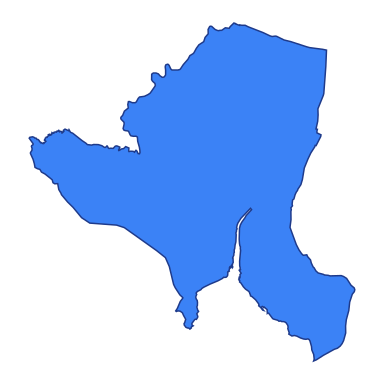 Kota Gorontalo, Gorontalo, Indonesia
{"feature_id": "22746128B66202348563483", "entity_name": "Kota Gorontalo", "entity_type": "district", "adm_level": 2, "iso_a3": "IDN", "parent_name": "Indonesia", "parent_adm1": "Gorontalo", "projection": "albers", "projection_center": [123.046, 0.534], "detail": "fine", "context": "isolated", "style": "filled", "palette": "blue", "viewbox_px": 384, "rotation_deg": 0, "n_neighbors": 0, "source": "geoboundaries", "source_scale": "gbopen_adm2", "svg_char_len": 5944}
<svg xmlns="http://www.w3.org/2000/svg" viewBox="0 0 384 384"><path d="M233.9,23.0L230.1,26.7L229.2,28.3L225.3,27.8L222.2,30.0L221.2,30.4L220.0,30.3L218.7,30.7L217.2,30.4L215.0,29.4L211.7,26.4L210.5,26.2L209.7,26.5L208.1,29.4L208.2,33.8L205.1,37.4L203.7,41.7L198.9,44.8L196.3,48.4L193.9,52.8L193.0,53.7L189.9,55.6L188.0,59.2L183.3,64.6L180.4,69.0L179.8,69.5L178.0,70.0L172.0,70.0L170.8,69.0L169.2,65.5L168.4,64.5L167.7,64.2L166.0,64.7L165.5,65.5L165.2,66.9L165.6,70.0L165.6,74.3L165.5,75.1L164.3,76.8L163.4,77.2L162.2,77.3L159.9,75.7L158.4,73.9L156.0,73.0L153.4,73.0L152.3,73.6L151.7,74.3L151.6,79.7L152.6,81.3L154.9,83.4L155.3,85.2L155.0,86.2L150.2,93.1L148.0,94.6L144.4,96.3L139.5,97.0L138.2,98.4L136.3,101.9L135.2,102.7L132.3,102.7L129.4,101.5L128.4,101.6L127.8,104.5L128.3,108.0L124.4,111.1L122.7,115.3L120.9,117.3L120.8,118.4L121.2,119.4L123.7,121.9L124.1,122.7L124.1,124.2L123.1,128.6L123.9,130.1L125.1,130.6L127.6,130.9L128.6,131.4L130.1,134.8L130.9,135.8L133.5,136.3L136.1,136.2L137.4,137.1L137.7,141.3L139.4,147.3L139.9,150.6L140.0,152.5L139.5,153.8L138.1,153.6L137.0,151.2L136.0,150.3L134.4,152.2L133.7,151.5L132.7,151.3L130.6,151.2L129.0,151.6L128.7,151.2L128.9,148.0L125.7,146.6L123.6,148.6L121.3,149.0L119.4,150.4L118.7,150.5L118.6,149.9L119.8,147.6L119.8,147.1L117.2,146.0L116.1,145.9L115.1,146.3L113.2,148.4L110.6,148.2L109.0,148.5L108.3,148.0L107.4,146.2L107.0,145.9L105.8,147.1L105.0,147.5L104.0,147.1L101.9,145.7L98.3,144.6L93.7,144.5L91.6,145.1L87.4,144.6L85.8,143.1L82.2,140.7L72.7,133.2L70.5,132.3L69.0,129.7L68.6,130.7L65.0,129.1L63.5,130.2L63.9,131.3L62.2,133.0L61.9,133.0L61.9,131.5L60.8,131.6L60.1,131.2L59.5,131.8L59.0,131.3L58.9,130.4L58.6,130.3L57.8,131.2L57.0,131.1L56.5,132.1L55.8,131.9L54.2,132.2L53.8,133.2L53.2,133.2L52.9,132.8L52.2,133.4L51.9,133.0L51.6,134.6L50.8,135.0L50.4,134.6L50.2,135.2L49.8,135.3L49.4,134.3L48.3,134.7L48.6,135.8L47.4,136.5L47.2,137.3L46.2,137.2L46.0,137.7L45.3,138.1L45.2,139.0L44.6,139.5L44.5,140.3L45.2,140.5L45.9,141.3L45.0,142.2L44.0,142.6L44.0,143.0L43.6,142.8L43.3,143.0L43.0,143.6L41.6,142.8L41.0,143.0L40.6,142.1L39.6,141.7L39.3,140.8L38.5,139.8L37.8,139.4L37.1,139.5L36.0,138.1L34.9,138.1L34.0,137.3L32.6,136.8L29.8,137.3L29.2,138.2L33.1,143.7L33.0,144.7L31.7,145.6L31.4,146.3L32.1,148.6L31.9,150.4L30.9,151.9L30.4,152.9L30.5,153.6L33.1,159.4L34.3,163.6L35.0,167.4L37.4,168.7L39.9,169.4L41.5,172.1L45.0,174.0L52.2,179.8L53.0,182.7L54.7,183.8L57.7,183.6L58.8,189.6L61.1,193.5L61.4,194.6L67.7,202.1L73.1,207.4L81.6,217.7L89.8,223.1L116.6,225.1L124.3,227.6L156.6,250.6L165.4,257.6L169.3,266.5L173.6,284.4L175.2,287.7L179.9,294.9L182.8,297.6L182.7,298.3L180.3,301.4L177.3,308.5L175.7,310.9L176.3,311.5L177.9,310.9L180.2,311.2L182.4,312.8L183.3,314.9L182.9,315.2L183.3,315.0L185.7,319.3L184.6,322.9L184.1,323.4L184.2,325.0L185.9,327.3L187.5,328.0L188.8,328.1L189.9,329.1L191.3,328.0L191.2,327.4L191.4,326.9L193.2,325.8L192.0,325.0L191.9,323.4L194.7,319.6L195.4,319.2L196.4,319.4L197.6,317.5L197.8,316.4L196.8,313.7L198.6,311.3L197.8,310.4L196.8,306.9L197.4,305.5L197.5,302.4L197.2,300.4L196.4,299.3L195.8,297.6L195.9,296.3L196.7,294.5L196.2,293.4L196.3,292.7L197.5,291.4L200.9,289.7L201.8,288.5L203.8,287.2L210.1,284.1L218.0,280.8L222.5,278.4L223.6,277.3L225.0,277.4L226.4,277.1L227.4,275.9L227.7,275.1L227.9,271.7L228.7,271.2L228.4,271.6L228.9,271.5L229.7,270.6L229.3,270.9L229.0,270.5L229.3,269.5L229.9,269.3L229.4,269.3L229.4,268.8L229.5,267.5L230.0,266.6L231.3,266.0L231.3,267.2L230.2,268.5L231.5,267.1L231.5,266.0L232.0,265.8L232.6,267.4L232.8,266.9L231.8,265.2L233.1,264.4L231.8,265.1L233.2,262.5L233.0,258.1L232.7,258.1L232.7,257.5L233.8,255.3L233.9,253.2L234.3,252.4L234.2,249.9L234.7,248.7L235.1,244.9L235.7,242.7L235.9,241.5L236.2,234.7L235.9,232.9L236.4,231.6L236.6,229.3L237.1,228.9L236.6,227.5L237.2,224.9L238.0,222.9L240.9,218.3L250.5,208.3L251.6,209.7L246.1,215.6L245.0,217.7L241.7,222.3L240.3,225.1L239.5,228.2L239.2,239.2L239.5,243.8L239.9,245.9L240.4,246.7L240.3,248.7L240.6,250.3L239.6,261.2L239.7,265.8L240.2,267.9L240.1,269.6L240.4,269.8L239.8,270.4L239.5,270.0L239.2,270.2L241.1,273.2L240.0,274.5L240.1,277.2L239.6,278.0L239.6,277.2L239.3,277.1L239.0,278.2L239.5,278.3L239.5,278.8L238.8,279.8L239.7,280.6L239.6,282.0L240.9,283.0L243.3,286.7L245.5,289.1L248.8,291.4L249.6,292.7L249.8,293.8L250.3,294.3L250.5,295.9L252.0,296.6L255.6,299.8L258.6,303.8L259.0,305.2L258.7,305.8L260.6,307.4L262.7,310.1L263.6,310.4L261.2,307.5L262.2,306.4L262.8,306.6L263.8,307.6L264.2,307.1L267.1,309.6L267.3,313.3L267.7,312.9L268.7,313.3L272.6,318.5L273.3,319.0L277.8,320.3L278.9,321.2L280.7,321.0L281.7,321.6L283.7,321.6L284.9,322.0L286.1,322.8L287.8,325.4L288.1,327.2L287.8,328.6L289.2,332.8L288.8,334.1L291.9,336.0L294.4,335.5L296.8,336.1L300.6,338.0L303.6,339.0L305.9,339.3L307.9,338.9L309.1,339.5L310.0,341.1L311.5,346.5L311.8,349.9L313.7,354.5L314.2,359.2L313.6,361.0L316.4,359.8L323.4,355.3L331.2,351.0L334.3,349.3L337.5,348.2L340.2,346.1L342.1,343.6L343.6,340.6L345.7,333.0L345.6,325.9L346.3,319.8L348.8,310.5L349.7,302.1L352.3,294.2L354.3,291.7L354.8,289.7L354.2,287.9L351.0,285.2L346.6,278.4L343.6,276.5L341.2,275.6L330.2,275.9L328.1,275.3L324.6,275.0L323.2,274.3L318.2,273.0L315.9,270.9L314.1,267.8L313.1,266.9L311.3,263.0L310.5,259.9L307.6,256.6L306.8,254.8L303.3,255.3L301.6,253.7L299.0,249.9L296.3,244.6L290.0,227.4L291.0,219.8L290.9,211.5L291.3,209.6L290.9,207.8L292.5,205.8L292.1,204.3L292.6,200.0L293.9,199.0L295.1,194.7L296.3,192.1L297.5,190.5L297.9,189.2L300.9,184.6L302.4,179.5L304.3,168.0L308.0,158.9L310.8,153.0L314.7,146.9L315.2,145.4L316.1,145.6L320.7,136.6L321.0,134.8L317.0,132.9L316.9,131.2L317.4,129.3L316.0,129.0L317.7,121.3L318.1,115.0L317.9,108.8L323.3,95.4L323.8,93.5L325.8,66.7L326.5,50.1L322.6,49.3L309.6,47.6L306.7,46.8L290.7,41.6L284.1,40.0L276.6,36.3L275.3,36.1L272.1,36.5L270.1,35.9L263.1,32.6L248.2,26.8L245.2,25.3L241.8,25.3L239.7,24.9L239.6,25.4L235.5,23.9L235.6,23.6L233.9,23.0Z" fill="#3b82f6" stroke="#1e3a8a" stroke-width="1.5"/></svg>